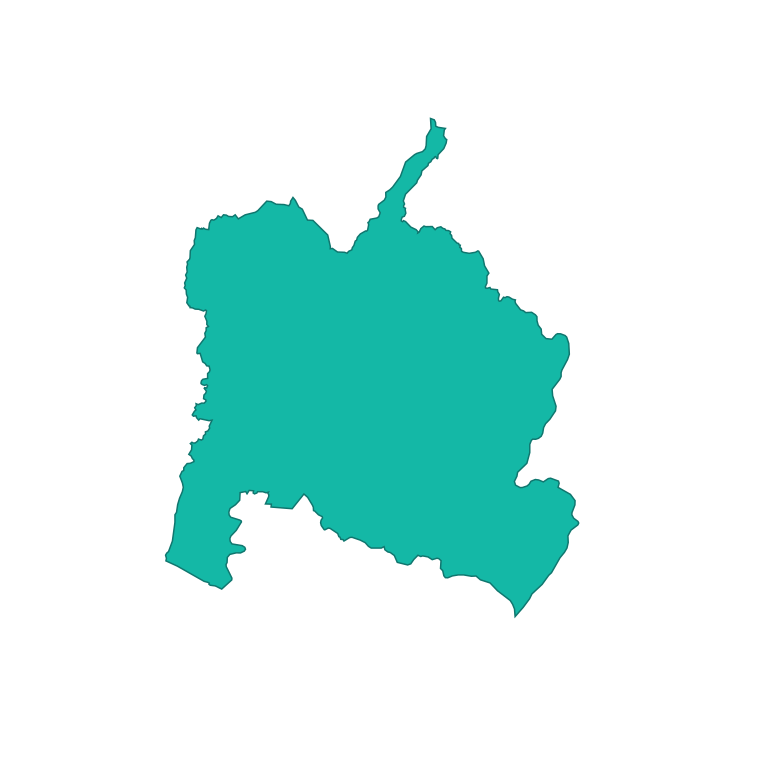 the district of Mueang Chiang Mai, Chiang Mai, Thailand, rotated 207°
{"feature_id": "78962969B21056677706601", "entity_name": "Mueang Chiang Mai", "entity_type": "district", "adm_level": 2, "iso_a3": "THA", "parent_name": "Thailand", "parent_adm1": "Chiang Mai", "projection": "robinson", "projection_center": [98.982, 18.787], "detail": "fine", "context": "isolated", "style": "filled", "palette": "teal", "viewbox_px": 768, "rotation_deg": 207, "n_neighbors": 0, "source": "geoboundaries", "source_scale": "gbopen_adm2", "svg_char_len": 6171}
<svg xmlns="http://www.w3.org/2000/svg" viewBox="0 0 768 768"><g transform="rotate(207 384 384)"><path d="M463.1,641.7L457.9,632.8L458.4,623.9L454.7,615.6L454.0,612.2L455.2,608.5L459.5,604.3L460.9,602.2L465.5,591.6L463.6,576.3L465.7,563.4L467.0,559.6L469.4,555.5L467.2,551.4L467.2,548.0L470.3,541.6L470.1,540.0L468.7,537.3L465.1,534.8L464.6,530.6L465.8,528.6L471.1,524.5L471.0,521.6L471.6,520.6L470.0,519.0L468.5,513.8L468.9,512.3L469.9,512.0L473.2,507.0L474.3,502.6L473.7,499.7L474.5,498.3L473.7,493.8L474.1,491.1L473.6,488.9L475.7,486.2L476.3,483.8L479.0,483.4L485.3,480.5L491.5,481.4L493.3,480.1L494.2,482.1L501.8,491.2L521.6,497.5L526.6,495.3L536.2,502.7L540.3,503.0L546.4,507.4L549.8,508.9L550.2,504.5L549.4,502.4L549.7,499.6L554.5,498.5L561.7,495.2L567.3,495.3L571.5,493.7L575.1,481.2L576.6,478.6L584.5,471.7L588.8,465.0L593.4,467.2L594.9,464.3L598.6,462.7L601.1,462.9L603.8,461.9L604.6,458.4L608.2,458.5L608.4,455.6L609.2,454.0L610.1,452.7L611.9,452.3L612.6,451.2L612.5,448.0L610.3,442.0L613.3,440.8L615.6,441.0L615.9,439.8L617.2,439.9L617.3,439.0L621.5,438.5L621.5,435.9L618.5,428.7L618.2,425.6L616.2,422.3L617.1,414.9L614.2,408.5L613.9,406.9L614.9,403.3L613.4,401.6L612.8,398.5L610.2,394.4L610.2,391.0L607.8,388.8L607.5,383.5L605.8,381.5L605.6,379.0L603.0,378.0L600.8,374.3L598.3,372.1L596.6,366.9L593.1,365.0L592.1,365.1L591.5,364.0L589.2,364.9L586.3,365.0L582.9,366.5L577.9,367.1L576.6,368.9L575.5,368.8L574.5,366.0L574.4,363.0L570.3,359.5L568.9,356.6L566.5,355.5L568.0,353.4L566.7,350.8L566.7,347.9L564.4,344.7L566.7,331.7L564.8,326.7L564.0,326.3L561.7,327.8L555.6,321.4L552.7,321.1L550.2,319.7L547.9,320.5L545.4,317.6L545.1,315.7L545.9,313.2L543.7,308.9L547.5,306.0L548.1,304.1L547.7,302.3L547.2,301.3L545.6,301.0L543.2,301.3L541.8,302.9L540.4,302.4L540.2,299.9L542.1,299.3L542.2,298.5L539.0,297.0L538.7,294.8L539.4,292.5L538.1,289.0L535.5,288.9L534.8,287.8L535.5,285.3L537.8,284.2L540.2,281.3L542.5,281.1L541.4,279.6L541.9,276.9L539.8,275.5L540.6,273.5L540.8,269.4L539.2,268.8L537.1,270.3L535.7,268.9L532.7,267.7L532.2,269.5L523.2,271.9L520.8,273.7L520.6,267.1L519.3,265.5L519.7,262.1L521.4,260.3L520.3,258.3L521.3,255.9L520.4,252.6L521.3,251.1L524.3,250.7L524.1,248.6L525.4,245.8L527.2,244.8L528.7,244.9L529.5,243.0L527.4,242.3L525.6,238.0L526.0,232.7L523.1,232.3L520.8,230.5L519.0,230.0L518.1,228.6L520.6,225.4L523.3,223.7L524.4,218.6L523.2,216.0L524.3,214.4L524.1,209.2L518.6,204.2L515.9,200.8L514.8,196.5L514.3,189.4L513.1,182.9L510.6,175.5L510.9,172.6L507.5,165.9L501.2,147.9L499.9,136.9L500.8,134.7L500.9,132.3L498.7,129.9L498.0,127.4L485.5,127.9L454.7,126.5L450.9,127.3L449.2,127.2L449.0,126.1L447.5,125.8L442.7,127.5L435.5,127.6L430.7,140.3L431.4,142.0L441.6,149.6L442.8,151.4L442.8,153.7L444.9,158.4L444.0,162.2L439.1,166.4L435.1,168.4L432.6,171.7L432.4,173.9L433.9,175.3L437.0,175.6L446.8,172.5L449.3,173.7L450.3,174.9L451.2,176.5L451.4,179.1L449.2,186.5L448.4,196.4L449.1,197.2L450.8,197.3L460.1,195.7L462.5,197.0L464.1,199.4L464.7,203.2L461.5,209.0L459.8,214.9L462.9,221.9L458.4,225.4L456.2,224.0L455.8,228.0L451.7,229.6L451.1,227.5L449.5,227.3L447.8,229.2L447.8,230.6L443.1,233.0L439.7,233.5L437.9,235.1L437.9,234.0L436.3,232.9L435.6,231.1L435.2,223.3L429.8,225.8L428.8,223.1L409.2,231.2L405.4,249.6L400.6,248.4L393.0,243.7L391.1,242.2L389.3,239.2L388.2,239.4L383.0,237.7L378.9,237.8L377.9,236.7L378.2,234.1L377.5,231.6L375.6,229.4L371.3,227.1L370.5,227.2L368.3,230.3L366.6,230.9L357.4,229.8L354.9,227.5L353.6,227.5L352.0,226.0L349.8,226.8L348.4,225.9L344.8,231.7L342.9,232.9L334.4,234.1L328.7,234.1L324.2,232.3L320.9,232.0L311.9,236.6L310.1,239.1L307.9,236.7L304.4,236.1L301.9,236.7L297.0,235.9L291.2,231.1L280.8,233.5L278.5,235.9L277.8,241.1L276.0,246.8L272.9,247.0L271.5,248.4L266.3,249.9L261.3,249.4L257.7,252.8L255.9,253.3L253.0,252.5L249.9,245.3L246.9,244.3L243.6,240.3L241.4,239.3L239.2,240.3L235.9,244.1L231.3,247.5L226.2,250.1L218.8,252.4L214.8,254.7L209.2,253.3L199.2,254.9L189.0,251.3L173.2,248.4L169.4,246.1L165.6,242.8L161.6,236.3L158.6,248.1L156.8,258.7L156.9,264.1L152.1,277.3L150.4,288.3L149.1,291.8L148.3,309.1L146.8,315.9L146.5,320.9L147.9,326.4L151.2,332.2L151.1,336.7L151.0,338.8L147.3,346.5L147.4,348.5L148.8,349.6L154.0,350.5L157.2,352.7L158.1,354.6L159.0,362.9L160.8,366.8L167.8,370.3L182.0,370.9L182.9,375.1L184.5,376.7L192.8,375.7L194.7,374.3L197.6,369.1L202.6,368.7L205.8,367.6L208.9,364.1L209.2,360.5L210.3,358.0L213.7,354.6L215.7,353.5L220.9,353.6L223.6,356.4L223.7,362.2L224.9,366.0L220.7,378.2L223.0,389.1L226.7,396.4L227.1,400.8L226.4,402.4L223.8,403.6L221.7,405.7L220.2,408.8L220.3,412.3L222.0,417.6L222.0,422.0L220.2,427.9L219.0,437.9L220.6,442.3L228.4,450.1L231.8,455.6L229.5,468.0L229.6,471.1L231.3,474.4L231.8,477.2L231.6,489.2L232.4,494.7L237.8,504.0L242.5,508.7L244.7,509.4L249.4,508.9L252.2,507.6L253.2,506.2L254.8,500.1L260.3,498.0L266.1,499.9L268.9,504.3L273.3,506.4L276.3,509.7L278.3,513.4L280.5,514.4L285.0,514.9L290.1,512.0L292.8,512.5L296.0,512.1L303.4,515.6L304.8,517.2L305.1,518.6L308.0,517.9L312.2,518.2L314.1,517.6L315.3,515.9L316.9,515.6L317.6,511.2L318.9,510.1L319.9,510.5L321.0,512.4L321.9,516.2L324.4,517.7L325.7,519.5L331.9,517.1L333.4,518.1L335.5,516.1L337.1,515.7L337.9,516.8L338.1,520.6L341.3,527.0L340.9,530.4L348.0,534.9L352.5,540.6L359.9,545.3L360.8,545.2L362.3,542.9L367.4,539.1L373.0,537.4L375.1,537.4L376.6,539.9L378.5,540.2L379.0,542.3L380.4,542.1L381.3,543.1L382.9,542.7L389.6,544.8L391.3,547.1L393.4,547.9L393.7,549.8L396.0,550.0L398.6,549.0L400.1,549.8L402.3,549.4L404.7,549.9L407.5,547.4L408.5,544.7L412.5,546.2L418.3,543.1L420.1,542.9L421.7,539.2L421.6,535.4L422.5,533.9L422.8,535.1L425.5,536.1L431.3,536.0L438.5,538.5L440.8,538.4L441.1,537.1L442.5,537.1L443.1,537.8L443.6,540.9L442.0,542.7L442.1,546.1L444.3,549.0L444.6,550.3L446.7,550.3L447.5,552.0L447.4,553.7L449.9,555.9L451.0,562.9L446.2,578.1L446.7,580.8L445.9,587.2L447.0,591.1L444.0,598.6L444.6,600.8L443.2,603.3L443.1,606.2L442.0,607.9L442.0,609.2L441.2,610.1L439.7,609.0L438.8,609.0L438.6,609.5L439.9,612.9L437.6,620.9L438.0,626.9L439.1,630.3L440.5,630.4L443.6,632.2L445.6,637.7L445.3,639.6L452.2,637.3L454.9,637.2L456.8,640.4L459.1,642.2L463.1,641.7Z" fill="#14b8a6" stroke="#0f766e" stroke-width="1.5"/></g></svg>